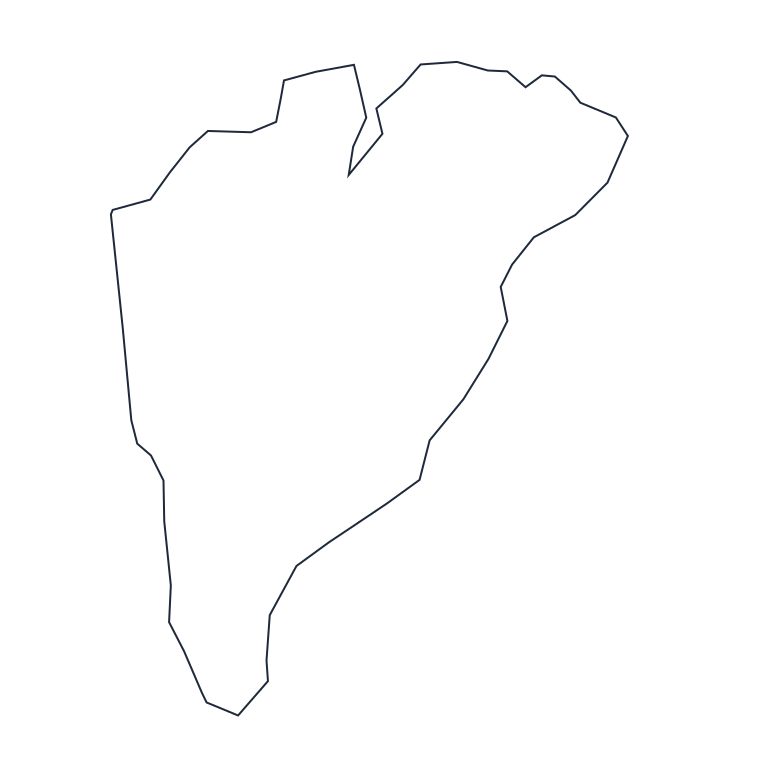 Nam-gu [South District], Ulsan, South Korea (Mercator projection), rotated 266°
{"feature_id": "91817680B65451529480853", "entity_name": "Nam-gu [South District]", "entity_type": "district", "adm_level": 2, "iso_a3": "KOR", "parent_name": "South Korea", "parent_adm1": "Ulsan", "projection": "mercator", "projection_center": [129.334, 35.502], "detail": "fine", "context": "isolated", "style": "outline", "palette": "slate", "viewbox_px": 768, "rotation_deg": 266, "n_neighbors": 0, "source": "geoboundaries", "source_scale": "gbopen_adm2", "svg_char_len": 906}
<svg xmlns="http://www.w3.org/2000/svg" viewBox="0 0 768 768"><g transform="rotate(266 384 384)"><path d="M572.3,123.4L457.7,127.3L365.4,129.4L341.7,133.7L328.9,146.6L303.1,157.3L262.3,155.2L197.9,157.3L161.4,153.0L131.4,165.9L88.4,180.9L78.7,184.8L63.5,215.3L95.7,247.5L116.3,247.5L161.4,253.9L208.6,284.0L230.1,318.3L247.8,349.3L248.0,349.4L248.1,349.8L264.5,378.4L285.9,412.8L324.6,425.6L363.2,462.1L401.8,490.0L438.3,511.5L472.7,507.2L494.2,520.1L519.9,543.7L539.2,586.6L569.3,621.0L614.4,644.6L633.7,633.9L650.9,599.5L663.7,590.9L678.8,575.9L680.9,563.0L670.2,545.9L687.3,528.7L689.5,509.4L700.2,479.3L700.2,442.8L680.9,423.5L659.4,395.6L633.7,399.9L595.0,363.4L622.9,369.8L650.9,384.9L678.8,380.6L704.5,376.3L700.2,337.6L693.8,305.4L676.6,301.1L653.0,294.7L644.4,268.9L648.7,226.0L633.7,206.7L610.1,185.2L584.3,163.8L576.6,125.5L572.3,123.4Z" fill="none" stroke="#1e293b" stroke-width="2"/></g></svg>